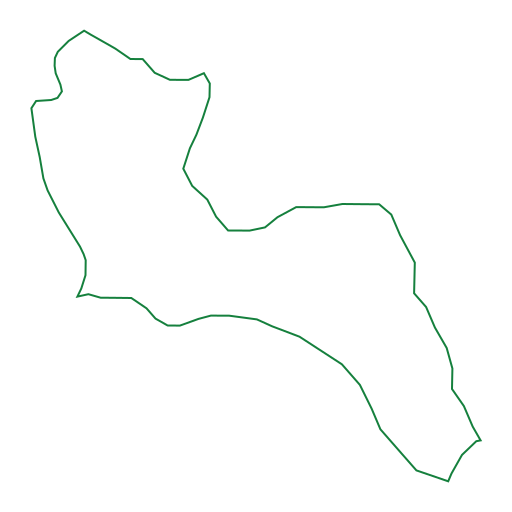 Hamju, Hamgyŏng-namdo, North Korea (Mercator projection)
{"feature_id": "82179303B5529079256515", "entity_name": "Hamju", "entity_type": "district", "adm_level": 2, "iso_a3": "PRK", "parent_name": "North Korea", "parent_adm1": "Hamgyŏng-namdo", "projection": "mercator", "projection_center": [127.263, 39.9], "detail": "fine", "context": "isolated", "style": "outline", "palette": "green", "viewbox_px": 512, "rotation_deg": 0, "n_neighbors": 0, "source": "geoboundaries", "source_scale": "gbopen_adm2", "svg_char_len": 1138}
<svg xmlns="http://www.w3.org/2000/svg" viewBox="0 0 512 512"><path d="M414.8,262.6L400.1,235.2L391.3,214.6L379.2,204.3L363.9,204.2L342.4,204.0L323.8,207.3L296.2,207.1L277.5,217.2L265.0,227.4L249.6,230.6L228.1,230.5L216.1,216.7L207.3,199.6L192.2,185.9L183.3,168.7L189.9,148.3L196.4,134.7L202.9,117.6L209.5,97.2L209.8,83.5L203.9,73.2L188.4,79.9L169.9,79.8L154.7,72.8L142.7,59.1L130.4,59.0L115.3,48.6L103.2,41.7L91.0,34.8L84.1,30.7L68.7,40.9L57.8,51.8L54.9,58.0L54.6,65.8L55.7,73.3L60.4,84.6L61.9,91.4L57.5,97.9L51.2,100.0L36.1,101.0L31.4,108.2L35.3,136.8L39.7,157.0L43.4,178.4L47.6,190.4L58.8,212.5L80.0,246.6L83.6,254.1L85.7,260.2L85.5,275.2L81.3,288.5L77.4,296.6L88.4,294.2L100.6,297.7L112.9,297.8L131.3,298.0L146.5,308.3L155.5,318.6L167.6,325.5L179.9,325.6L198.5,318.9L210.9,315.6L229.3,315.7L256.9,319.4L272.1,326.3L299.5,336.7L320.7,350.5L341.9,364.3L359.9,384.9L371.7,408.8L380.4,429.3L401.4,453.3L416.4,470.4L448.2,481.3L451.5,473.5L462.0,454.9L476.3,441.2L480.6,440.4L472.7,426.6L463.9,406.1L452.0,389.0L452.4,368.5L446.7,348.0L434.9,327.5L426.1,307.0L414.1,293.3L414.8,262.6Z" fill="none" stroke="#15803d" stroke-width="2"/></svg>